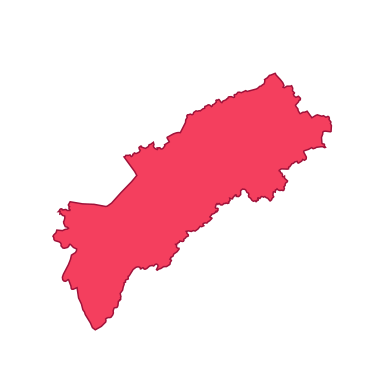 outline of Midongy-Atsimo, Atsimo-Atsinanana, Madagascar, rotated 239°
{"feature_id": "10022922B72475763343132", "entity_name": "Midongy-Atsimo", "entity_type": "district", "adm_level": 2, "iso_a3": "MDG", "parent_name": "Madagascar", "parent_adm1": "Atsimo-Atsinanana", "projection": "mercator", "projection_center": [46.981, -23.354], "detail": "fine", "context": "isolated", "style": "filled", "palette": "rose", "viewbox_px": 384, "rotation_deg": 239, "n_neighbors": 0, "source": "geoboundaries", "source_scale": "gbopen_adm2", "svg_char_len": 6054}
<svg xmlns="http://www.w3.org/2000/svg" viewBox="0 0 384 384"><g transform="rotate(239 192 192)"><path d="M171.5,38.8L170.5,39.0L169.8,40.1L169.2,44.2L159.6,40.2L152.8,39.5L147.6,37.9L146.2,37.8L144.9,38.1L141.8,37.4L132.1,37.5L127.0,36.8L123.7,38.1L123.5,45.1L125.0,51.1L126.2,52.1L127.6,52.5L127.8,53.5L127.6,55.3L126.6,57.0L126.4,58.2L127.5,60.8L128.8,62.3L130.7,63.2L132.6,65.3L132.6,66.1L131.8,67.9L131.9,68.8L132.8,70.0L136.2,72.6L136.2,74.0L136.9,74.5L136.5,75.1L136.9,75.8L138.3,76.3L138.7,77.1L142.1,78.2L143.6,81.9L146.1,84.2L147.8,86.3L149.1,86.9L149.0,88.6L150.4,89.3L150.7,90.0L150.3,92.6L152.6,93.8L152.4,94.8L155.9,101.6L156.3,105.2L155.7,107.3L154.1,108.6L152.7,108.2L152.4,108.5L152.5,110.7L152.0,111.2L150.8,111.2L150.0,111.9L149.7,113.8L150.4,117.5L149.5,120.2L148.5,120.7L148.3,121.2L148.8,122.9L148.7,124.1L148.3,124.7L146.9,125.1L145.7,124.5L143.8,121.6L142.9,121.9L143.0,123.9L142.5,125.7L142.6,129.3L141.2,131.7L141.3,135.5L141.5,136.0L142.9,137.1L143.8,139.0L144.1,139.2L145.8,138.5L146.3,140.0L146.9,140.1L146.7,142.5L148.2,144.4L148.5,148.4L149.7,151.5L150.4,151.9L151.4,150.7L152.7,150.3L154.0,151.2L155.6,151.0L155.0,153.0L155.7,154.0L155.5,155.3L156.3,156.3L154.5,158.3L154.2,159.2L154.6,160.1L155.7,160.5L155.9,162.7L156.4,163.7L156.2,166.2L157.3,166.8L159.3,166.3L160.3,166.9L161.2,166.8L160.5,168.9L158.5,171.1L158.3,173.2L156.9,174.6L157.2,178.1L158.4,181.2L157.3,182.4L157.0,184.8L158.5,184.7L159.2,185.4L158.8,187.3L157.7,188.8L158.3,190.9L158.2,192.1L159.1,195.5L159.6,195.6L160.8,194.5L161.5,194.5L162.2,196.7L162.7,197.3L162.2,200.1L162.4,201.3L163.2,202.5L163.1,202.9L162.2,203.0L162.9,204.8L164.4,205.8L164.8,205.6L165.8,204.0L166.7,204.0L168.8,206.2L169.2,207.5L168.0,207.8L168.3,208.9L168.0,209.6L166.7,209.6L165.9,210.2L165.3,211.5L165.7,213.5L165.1,214.3L165.0,215.5L163.9,216.5L163.6,217.6L163.7,218.1L164.6,218.2L165.2,220.3L167.3,221.1L165.4,222.7L165.3,223.3L166.1,224.1L167.2,227.7L166.6,228.4L165.4,227.7L164.1,229.5L164.1,230.1L164.7,232.4L168.1,234.4L168.5,236.8L167.1,238.6L165.8,239.1L163.3,238.9L162.1,239.7L160.8,239.6L159.7,238.4L158.4,238.1L156.6,239.0L154.1,239.1L152.5,239.8L151.9,241.6L150.7,241.9L150.7,242.7L151.4,243.4L150.9,244.6L151.3,245.0L152.6,245.0L153.0,245.4L152.9,245.8L151.5,246.9L152.4,249.1L151.5,250.3L150.7,250.7L150.6,252.1L148.9,252.7L147.7,253.7L144.3,254.2L144.0,254.6L144.4,256.4L145.3,257.3L145.7,259.4L146.1,259.7L147.4,259.6L150.1,261.6L150.1,262.2L149.0,263.3L150.8,264.6L150.5,265.5L150.9,266.5L149.4,266.9L148.1,268.0L147.2,270.1L146.3,270.7L146.2,271.5L147.4,273.0L149.1,273.4L149.6,275.2L150.8,275.9L151.6,277.5L151.6,278.9L152.3,279.6L156.1,278.4L157.9,279.4L157.8,278.4L158.6,277.6L159.1,277.7L160.0,278.4L161.9,278.7L162.8,277.9L164.1,278.2L165.3,277.6L165.7,277.9L165.8,280.5L162.5,285.5L162.1,286.7L163.5,287.7L163.3,288.8L164.8,292.3L164.4,293.7L164.8,295.7L164.1,297.9L162.4,297.7L161.9,298.2L162.0,301.9L162.9,303.7L161.3,304.7L161.3,305.9L161.5,306.9L163.0,308.0L168.7,308.3L169.4,308.8L169.5,309.7L168.5,314.0L168.4,317.4L166.7,318.1L166.2,320.1L166.2,321.7L164.4,325.8L163.4,327.5L161.8,328.4L161.5,329.4L163.5,329.3L164.5,330.0L165.1,329.9L166.2,328.6L166.9,328.5L172.1,331.1L174.3,333.9L175.9,334.9L176.1,336.2L175.5,337.6L172.3,341.7L172.3,342.4L177.1,345.7L179.3,345.9L180.4,347.1L183.6,346.8L184.6,347.8L185.8,348.0L186.8,347.5L187.1,345.3L189.7,344.0L190.1,342.3L193.6,339.2L193.9,337.7L193.9,333.0L202.0,332.3L202.3,329.9L203.3,328.0L203.3,325.4L203.6,324.9L207.1,324.9L208.7,325.6L211.7,325.2L213.1,325.4L214.5,329.9L215.4,330.8L215.2,332.3L216.5,333.2L219.3,332.5L219.6,329.8L221.8,328.9L223.7,329.3L223.8,330.5L224.2,330.9L226.9,330.2L229.1,331.8L231.8,332.1L232.0,331.0L233.8,327.9L233.8,324.9L234.9,324.0L236.0,325.7L239.0,326.1L243.0,325.6L249.0,324.3L250.8,324.5L251.0,324.0L251.6,319.9L252.1,318.4L251.1,315.4L251.0,312.1L249.9,311.8L248.3,310.4L247.5,309.2L247.6,307.5L247.2,306.2L247.7,304.3L247.2,302.5L247.1,300.4L249.8,291.0L251.2,290.3L251.7,285.5L253.2,284.0L253.8,282.7L252.9,280.1L253.5,278.9L253.4,278.0L252.1,277.7L251.4,277.2L251.6,276.3L253.5,274.8L254.6,272.7L254.5,271.7L253.8,270.9L253.9,269.5L253.5,268.7L254.0,265.4L253.2,263.6L254.1,263.1L257.3,262.8L257.7,262.2L257.5,261.1L258.3,260.3L258.1,259.6L256.5,259.1L255.9,256.3L256.1,254.6L255.1,253.2L255.1,252.8L257.5,251.9L258.4,250.8L258.3,248.9L258.7,247.1L257.2,245.9L257.7,244.4L257.3,240.8L258.0,240.0L258.3,238.5L259.5,237.2L259.3,234.4L258.3,233.3L258.1,232.4L258.4,231.6L259.6,230.7L260.0,228.9L260.5,227.9L259.8,226.6L258.5,226.4L257.0,223.7L254.9,222.2L248.9,212.6L250.1,210.8L250.8,208.9L251.4,206.1L251.7,199.0L251.3,198.5L246.7,198.4L246.6,192.8L245.6,192.6L245.4,192.2L244.4,189.7L244.4,188.2L245.3,187.3L246.5,187.3L247.7,184.9L246.6,184.8L246.3,184.0L248.3,182.7L249.9,182.3L251.1,182.5L251.6,182.8L252.0,183.7L254.5,184.5L254.2,181.2L254.6,179.6L253.4,177.9L253.4,174.5L256.6,171.8L257.3,172.2L257.6,172.0L257.8,171.5L257.5,169.5L256.0,168.9L254.5,169.2L253.4,167.4L253.6,164.4L254.0,163.6L255.2,162.7L254.6,161.4L254.8,160.7L254.0,160.1L253.5,158.5L253.9,158.1L255.7,158.0L256.1,156.4L257.5,154.2L256.9,153.2L257.1,151.8L239.1,153.4L234.6,153.2L231.9,145.4L228.0,130.7L223.9,117.4L223.5,112.0L224.1,110.5L231.8,101.8L238.2,92.1L246.4,82.5L244.6,79.3L243.2,79.1L242.5,79.5L241.7,78.2L240.3,78.0L239.6,78.3L239.1,77.8L240.5,75.5L242.0,74.9L243.2,72.0L243.6,71.6L244.4,71.8L245.1,71.1L245.1,69.8L244.3,68.5L244.0,67.4L243.2,68.9L241.1,67.4L240.8,68.7L238.7,68.9L236.9,70.5L235.2,69.6L233.3,67.7L232.8,66.7L231.4,66.0L227.6,65.5L226.0,67.0L224.6,67.5L224.4,66.3L225.3,63.9L225.6,61.1L229.0,56.5L227.2,54.6L226.4,51.4L225.7,50.1L225.4,49.9L224.5,50.2L222.3,49.2L220.9,49.5L217.4,52.7L216.0,53.1L214.7,53.0L213.3,52.0L210.4,52.5L209.5,53.7L208.6,56.7L208.9,58.2L210.0,59.8L210.1,60.5L209.4,60.9L205.5,61.8L202.6,63.8L201.1,62.7L200.1,60.9L200.0,56.2L196.7,53.0L193.4,48.7L187.8,39.5L185.7,37.0L183.4,36.0L181.6,36.4L180.6,37.6L180.5,38.8L180.8,40.2L180.7,40.8L180.2,41.0L173.8,39.8L171.5,38.8Z" fill="#f43f5e" stroke="#9f1239" stroke-width="1.5"/></g></svg>